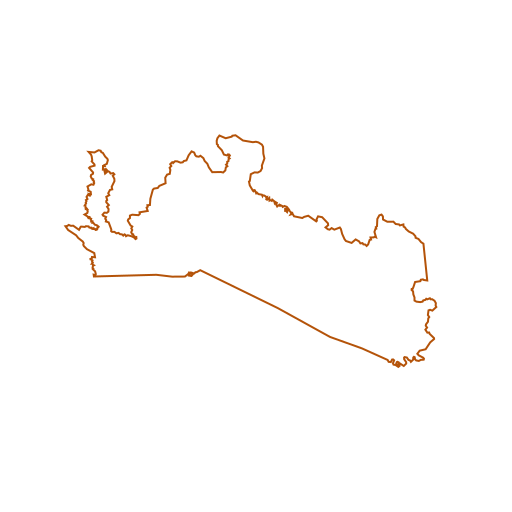 Tibú, Norte de Santander, Colombia, rotated 127°
{"feature_id": "7082276B23933062741111", "entity_name": "Tibú", "entity_type": "district", "adm_level": 2, "iso_a3": "COL", "parent_name": "Colombia", "parent_adm1": "Norte de Santander", "projection": "natural_earth1", "projection_center": [-72.788, 8.696], "detail": "fine", "context": "isolated", "style": "outline", "palette": "amber", "viewbox_px": 512, "rotation_deg": 127, "n_neighbors": 0, "source": "geoboundaries", "source_scale": "gbopen_adm2", "svg_char_len": 6093}
<svg xmlns="http://www.w3.org/2000/svg" viewBox="0 0 512 512"><g transform="rotate(127 256 256)"><path d="M163.8,322.4L164.8,324.8L167.0,327.0L171.6,335.9L171.9,345.0L174.2,347.3L175.3,347.2L180.2,351.1L181.8,357.7L185.2,357.7L187.7,356.7L190.2,354.6L190.2,353.3L191.2,352.5L192.1,346.9L194.3,342.7L193.1,339.6L191.7,339.5L191.9,338.0L191.3,338.1L191.4,337.4L193.9,337.1L194.0,335.8L195.1,336.2L196.8,335.1L198.1,335.7L199.5,334.6L201.1,334.9L201.5,332.9L203.4,333.4L206.1,332.0L209.1,332.5L210.0,334.5L215.4,341.4L213.6,347.0L211.6,350.4L211.0,354.2L209.5,356.9L209.4,360.7L211.1,361.4L212.3,363.6L212.1,365.1L210.6,367.6L211.2,370.4L216.1,370.4L221.5,369.1L223.6,370.8L225.3,370.9L226.9,372.5L227.8,375.9L229.1,377.7L231.5,378.1L231.1,378.8L231.6,379.4L234.3,379.8L235.1,377.8L237.5,378.1L238.8,376.2L242.3,374.3L244.5,376.0L248.1,375.6L252.3,372.0L258.2,375.4L260.8,375.4L263.5,378.0L265.1,378.3L273.9,374.8L279.1,371.4L280.8,373.3L281.8,372.1L283.2,372.5L285.2,369.6L291.2,375.3L292.2,374.1L294.1,374.4L297.5,379.7L299.6,381.0L301.6,379.5L303.7,380.1L305.0,379.6L307.1,374.5L306.9,372.5L309.0,372.2L309.7,370.5L312.1,370.0L313.0,368.3L312.6,367.1L313.9,365.8L313.4,365.0L313.9,363.9L312.9,363.0L314.0,362.0L315.0,362.4L314.6,364.6L315.2,367.5L316.6,370.9L318.4,371.7L317.7,373.1L317.9,374.1L319.6,374.3L319.4,376.1L320.4,377.7L320.3,379.7L321.9,381.1L321.9,383.6L323.4,385.6L323.3,386.7L321.9,387.5L317.8,393.9L318.8,396.7L317.5,397.2L317.0,398.8L315.1,399.2L315.8,402.3L315.4,403.4L312.6,403.2L311.3,401.1L309.4,400.6L307.2,402.0L306.3,404.6L303.9,404.2L303.2,407.9L302.2,408.7L300.9,408.5L298.8,411.2L295.7,409.8L294.8,411.8L291.1,412.4L289.3,410.9L287.6,412.9L281.4,414.1L279.6,415.6L278.1,418.7L276.0,418.3L275.7,419.9L277.7,421.8L277.0,423.6L277.3,425.3L281.0,426.1L279.1,428.4L278.0,427.1L277.0,427.2L276.9,428.2L279.1,430.3L276.2,432.3L275.3,430.9L274.8,431.9L272.2,430.6L268.6,432.0L267.8,433.2L267.4,436.2L265.8,440.4L266.2,442.0L265.4,443.4L266.3,445.4L270.5,447.3L273.6,452.3L274.3,448.8L275.3,447.2L278.1,444.4L279.3,444.2L280.1,440.1L281.0,439.3L284.6,442.1L286.1,442.3L287.3,436.4L288.4,435.7L290.5,436.5L291.9,435.9L292.9,434.0L292.7,432.3L293.5,432.3L293.7,430.4L294.8,430.0L295.1,429.1L296.9,428.7L297.9,430.7L301.9,432.4L303.7,429.9L304.8,429.6L304.2,426.7L306.0,425.0L306.7,426.3L306.9,425.3L307.8,425.0L308.4,427.1L310.8,426.9L311.9,424.9L313.7,425.5L314.2,424.4L315.9,424.1L316.2,423.4L318.3,423.2L318.0,422.9L319.6,421.6L319.8,420.5L320.3,420.9L320.9,420.3L320.1,419.7L320.4,418.2L321.1,418.2L321.7,417.2L323.2,416.6L326.1,417.9L325.8,414.5L326.9,411.8L325.6,413.3L325.0,412.4L325.8,411.1L325.5,410.1L326.5,409.9L326.8,408.7L327.6,408.4L326.8,407.4L328.0,406.7L327.4,406.0L328.0,403.5L327.2,401.6L327.3,398.5L328.0,400.2L329.8,399.0L330.9,399.0L331.6,399.7L331.0,400.2L332.4,402.3L331.8,402.6L332.5,403.0L332.4,404.1L333.0,404.1L332.9,405.1L333.6,406.2L333.1,407.5L334.6,409.8L335.8,410.2L337.5,413.0L338.1,413.6L341.6,413.1L341.8,420.2L343.3,422.0L343.9,424.3L345.6,424.8L346.9,426.1L348.3,421.7L347.7,412.1L348.6,408.8L348.7,403.0L349.4,401.4L351.0,400.7L351.7,399.4L352.3,395.1L351.0,386.9L353.9,383.8L355.5,386.4L356.7,385.7L358.8,386.9L358.1,386.2L357.9,383.9L359.3,383.5L359.5,382.4L360.9,382.4L360.5,381.9L361.2,381.1L361.0,379.9L361.9,380.3L363.9,379.4L364.0,378.4L364.7,378.4L365.1,375.2L366.9,373.0L368.0,372.9L368.6,374.4L369.9,373.1L331.0,324.3L323.0,310.6L315.2,300.4L311.2,299.3L309.5,299.5L309.7,298.0L311.9,297.6L310.8,295.5L309.0,295.4L309.0,297.8L308.3,298.0L307.1,294.8L305.4,294.6L304.5,293.6L300.9,292.0L284.5,207.3L276.1,148.2L266.0,115.7L259.8,88.3L260.7,86.4L259.6,84.5L256.8,85.0L256.1,84.3L256.2,82.9L259.2,82.1L260.0,80.8L259.0,78.8L256.0,79.7L255.3,79.3L255.1,78.0L256.3,77.1L259.0,77.6L258.9,75.6L257.4,75.2L256.2,76.4L255.2,76.3L254.9,71.8L251.5,71.3L250.4,72.2L249.3,75.5L248.0,76.6L247.3,76.5L246.3,74.4L247.2,71.7L246.7,70.0L247.3,68.6L244.2,68.1L242.4,69.3L241.5,69.2L241.3,68.4L242.8,66.8L243.0,65.2L241.8,62.8L239.8,61.9L237.9,59.7L237.0,60.0L236.6,61.2L237.4,66.3L237.0,68.3L233.1,68.3L228.4,64.4L220.1,64.9L215.1,63.8L214.4,64.5L213.7,70.4L212.9,71.7L214.1,73.0L212.9,76.4L210.2,76.3L209.5,78.5L208.3,79.1L205.0,79.1L202.1,80.9L200.5,80.9L199.7,83.2L195.6,85.5L194.2,84.6L193.5,82.3L188.2,81.3L187.5,82.7L185.4,84.0L184.3,86.5L184.5,89.3L185.5,90.5L185.1,91.7L187.5,93.1L187.7,94.3L189.1,94.3L190.8,95.7L192.2,95.5L194.0,97.1L195.9,100.4L196.2,102.6L193.7,104.5L192.0,107.2L189.7,109.3L189.5,111.3L188.6,111.8L188.0,111.1L186.0,111.6L181.0,113.3L177.2,109.6L175.8,110.1L174.2,108.6L174.2,107.6L172.5,104.5L145.4,129.7L145.6,132.5L144.6,136.5L145.4,139.5L144.3,140.5L143.6,143.9L144.5,148.8L144.2,152.7L143.5,154.0L143.7,155.8L142.1,157.3L145.0,159.5L144.7,160.8L146.4,163.7L145.9,166.9L149.6,171.7L150.4,176.5L148.0,178.5L147.4,180.7L149.3,182.0L153.4,181.4L159.4,177.3L160.9,177.7L161.8,176.4L162.6,176.9L165.5,175.9L168.8,171.4L169.1,172.8L170.3,173.2L172.3,175.7L173.6,174.0L174.8,174.9L179.3,173.4L181.4,173.7L181.1,175.7L182.1,177.2L181.6,178.7L183.1,180.2L182.3,182.5L182.8,186.4L188.0,187.5L189.9,193.2L189.3,195.4L186.5,200.5L183.4,204.4L182.8,206.2L187.8,209.3L188.2,212.4L190.7,213.1L191.4,214.8L191.3,217.7L188.0,216.9L186.6,218.2L185.2,226.5L187.0,230.3L190.3,229.7L191.2,228.6L192.1,228.7L192.4,238.5L195.8,241.1L197.8,241.9L201.4,249.5L200.3,252.1L202.0,253.3L199.8,253.5L200.2,254.5L199.4,257.8L201.4,258.9L201.6,257.8L202.2,257.6L201.9,259.3L202.4,259.9L200.8,261.1L198.8,258.6L198.2,261.0L199.0,263.5L200.7,264.2L200.3,265.3L200.8,267.8L201.6,267.3L202.0,268.6L203.7,268.9L202.7,271.0L201.0,271.3L201.2,273.1L202.4,273.0L201.3,274.4L201.2,276.9L202.5,276.6L202.8,278.3L203.6,278.6L201.6,280.4L204.4,281.0L204.5,281.9L202.3,282.7L203.0,283.2L202.6,283.8L202.7,285.7L203.4,287.1L204.2,286.9L203.5,288.2L205.1,291.3L204.8,293.5L205.8,293.6L204.2,296.5L204.4,297.1L205.8,297.0L205.8,297.6L203.4,303.4L200.8,306.4L199.8,306.1L193.8,309.4L190.1,307.5L188.3,304.8L185.4,303.5L182.2,304.0L180.3,305.7L173.0,308.0L169.9,311.7L164.5,316.1L163.5,318.3L163.8,322.4Z" fill="none" stroke="#b45309" stroke-width="2"/></g></svg>